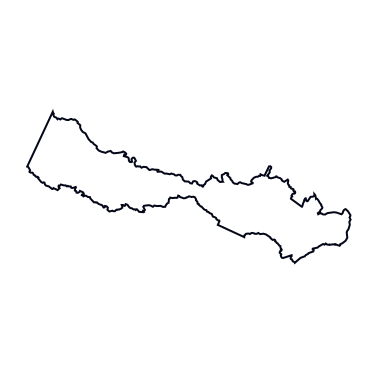 Anapu, Pará, Brazil (Robinson projection), rotated 115°
{"feature_id": "56859067B83873357566696", "entity_name": "Anapu", "entity_type": "district", "adm_level": 2, "iso_a3": "BRA", "parent_name": "Brazil", "parent_adm1": "Pará", "projection": "robinson", "projection_center": [-51.328, -3.947], "detail": "fine", "context": "isolated", "style": "outline", "palette": "ink", "viewbox_px": 384, "rotation_deg": 115, "n_neighbors": 0, "source": "geoboundaries", "source_scale": "gbopen_adm2", "svg_char_len": 6028}
<svg xmlns="http://www.w3.org/2000/svg" viewBox="0 0 384 384"><g transform="rotate(115 192 192)"><path d="M213.2,81.4L207.2,75.0L207.8,74.6L208.5,75.1L210.5,74.6L211.0,73.9L210.9,72.8L212.2,71.5L212.2,69.4L212.7,68.9L205.8,65.8L202.6,62.6L201.2,62.3L199.1,60.7L198.1,60.5L194.6,56.9L193.2,57.2L193.0,58.4L192.3,58.6L189.2,54.6L187.8,54.1L183.7,51.2L183.7,49.6L182.2,49.0L182.5,47.8L182.2,46.0L181.5,45.3L181.7,44.8L179.8,42.1L179.4,40.2L178.7,40.3L178.6,40.0L178.7,38.0L178.3,35.5L177.7,35.2L176.6,35.6L175.0,34.1L171.3,32.2L167.8,31.9L163.3,34.7L161.9,34.9L159.7,34.5L155.8,35.0L154.8,35.2L152.6,36.8L150.0,36.6L148.6,38.4L146.6,38.4L145.9,38.8L143.5,42.6L142.6,45.4L142.7,45.8L144.5,46.8L147.7,46.6L149.0,47.1L149.6,52.6L150.5,55.1L153.8,60.2L156.2,61.9L156.9,63.7L156.8,66.0L157.6,67.4L158.8,68.2L158.0,69.0L156.9,68.5L156.1,67.3L155.6,67.8L154.4,68.0L151.8,67.1L150.7,67.4L149.6,69.2L148.8,69.5L147.9,71.5L146.1,74.0L145.2,76.0L145.2,76.6L145.7,76.8L142.8,78.9L142.2,80.2L143.1,79.7L144.0,79.8L145.0,80.3L146.3,82.5L151.4,83.3L151.7,83.7L151.6,84.7L149.7,86.3L150.3,86.8L151.8,86.6L152.1,86.9L153.0,86.5L155.3,86.5L158.5,86.0L158.9,86.1L158.9,86.6L156.3,99.5L154.4,99.7L153.8,99.3L153.3,100.2L151.6,100.1L150.0,99.0L149.7,98.7L149.9,98.3L149.3,98.1L148.5,98.4L148.0,98.9L148.2,100.2L147.7,100.9L146.8,101.0L146.5,101.8L147.0,103.5L146.4,104.5L145.9,104.6L146.2,106.0L144.9,106.7L144.9,107.3L143.9,108.7L140.9,109.6L140.3,110.5L143.8,112.7L143.7,114.8L143.3,115.7L142.7,116.0L142.2,117.8L142.6,121.0L142.1,122.0L142.2,122.3L143.4,122.8L146.1,126.0L146.7,128.2L145.4,129.6L145.5,130.7L141.7,129.9L141.2,129.9L139.8,130.8L137.1,130.3L135.9,130.8L135.6,131.9L136.2,133.0L146.6,133.2L147.1,135.8L147.0,137.4L148.7,137.1L149.1,138.1L150.3,138.7L151.1,140.3L152.9,141.9L155.8,142.9L157.1,143.0L157.6,142.8L158.1,140.8L158.5,140.7L161.4,143.5L162.0,144.9L161.9,146.1L162.9,150.6L162.8,152.5L163.7,153.4L165.5,154.1L166.4,157.0L166.1,158.8L164.9,160.5L164.2,162.4L163.2,163.1L161.8,167.2L160.5,166.7L159.9,167.3L160.3,169.2L160.9,170.0L162.1,170.5L164.0,172.1L166.2,171.1L167.7,169.7L169.2,169.0L169.6,168.3L171.1,170.9L170.2,174.0L169.0,175.1L169.5,178.4L168.6,180.1L168.6,181.1L170.5,181.3L171.7,180.5L176.5,183.6L179.5,183.6L180.9,184.5L182.3,184.2L182.7,184.8L181.9,186.2L182.7,187.6L182.3,190.5L182.2,190.9L181.3,191.1L180.9,191.9L180.8,193.4L181.3,194.8L182.0,195.5L184.3,195.6L184.8,197.1L184.0,199.5L185.4,203.0L184.6,205.5L182.6,207.1L182.3,208.5L181.4,209.8L182.3,211.9L183.4,212.7L184.0,214.2L183.6,215.6L184.0,218.5L185.3,219.6L186.1,223.0L186.9,224.5L186.5,228.5L188.2,231.7L187.7,232.3L186.9,231.5L186.2,231.6L186.2,232.1L187.6,235.4L188.1,237.5L190.1,239.9L188.7,243.8L189.7,246.6L191.3,248.0L190.7,249.9L191.3,250.7L191.7,252.3L192.6,253.3L192.2,254.4L191.0,255.7L189.5,256.5L187.5,256.0L185.6,258.4L185.4,259.2L186.0,260.1L187.0,260.6L188.3,260.5L189.9,259.1L190.6,259.7L191.0,261.1L190.3,262.4L188.1,263.7L187.8,264.3L187.7,265.6L188.3,268.9L186.7,269.2L186.3,267.9L185.8,267.6L185.1,267.8L184.5,269.1L184.4,271.6L185.3,272.1L187.2,274.6L189.9,279.1L190.0,281.1L189.2,283.0L190.9,285.3L193.0,286.8L193.8,291.3L193.8,294.1L192.6,297.0L191.0,297.4L190.6,298.3L190.0,301.5L189.1,302.9L189.3,304.5L187.8,308.1L183.9,313.3L183.7,316.4L182.6,318.6L180.9,320.6L178.7,321.5L177.7,325.0L176.8,325.1L176.2,326.7L175.8,329.0L176.7,329.9L176.8,332.2L177.2,332.9L178.9,334.3L179.7,336.1L180.0,340.4L180.3,341.2L181.9,342.0L181.8,343.8L182.1,344.4L182.9,344.7L182.0,346.3L182.0,348.8L180.8,350.1L179.4,350.4L179.2,351.2L178.1,352.1L238.6,352.1L238.4,351.3L239.8,349.1L240.8,347.9L242.3,347.9L242.6,347.5L242.6,346.2L241.9,344.7L242.2,343.9L243.3,342.8L243.4,341.0L244.0,340.5L244.0,338.8L243.6,338.7L243.5,337.9L243.9,337.1L244.7,337.1L246.7,332.8L246.8,331.2L245.9,330.5L245.9,329.6L247.4,328.4L247.9,326.8L247.4,324.2L248.4,320.0L247.8,319.3L247.0,319.2L247.1,314.6L244.5,313.6L244.0,314.9L243.0,315.5L242.6,315.5L242.5,314.6L240.7,314.1L240.1,310.6L239.4,309.4L239.8,307.7L238.9,307.1L239.0,305.8L238.2,304.3L239.1,303.4L239.1,302.6L238.6,301.6L236.6,299.5L236.9,299.1L238.3,299.3L240.2,298.8L240.2,297.2L241.4,296.4L240.8,294.9L239.2,293.9L238.4,294.0L238.3,291.6L238.4,290.4L239.5,289.2L240.8,290.6L241.5,290.5L241.4,288.8L241.7,288.5L241.1,288.1L240.2,286.4L240.5,284.4L239.8,282.3L240.8,281.5L242.8,276.5L242.1,275.3L242.2,274.4L241.6,273.9L242.3,271.5L242.0,267.8L243.4,265.6L242.8,264.7L242.2,264.8L241.9,265.3L241.4,265.0L241.1,263.3L241.8,261.6L243.9,261.1L244.6,258.6L242.6,256.3L242.7,255.5L242.1,253.9L240.1,253.0L240.0,252.4L239.5,252.3L238.7,250.7L237.3,249.4L235.8,248.6L234.8,249.0L233.5,250.2L232.9,249.1L233.2,247.7L233.0,247.1L231.0,247.0L230.9,245.1L232.4,242.3L232.6,241.1L232.2,239.6L232.5,237.6L231.8,236.4L232.1,235.4L231.1,235.0L231.0,234.4L232.3,231.5L230.8,227.4L230.4,227.1L229.6,228.2L229.3,227.5L228.2,227.1L226.0,229.9L224.8,229.7L222.2,225.6L221.8,223.7L221.9,221.2L220.2,220.4L219.6,217.9L217.8,214.5L217.8,212.0L216.7,210.0L215.8,210.2L213.0,209.7L211.6,208.7L208.1,209.9L207.1,209.3L206.3,209.4L205.7,207.0L204.3,204.8L203.9,203.5L203.2,202.8L201.1,203.0L201.0,201.9L201.6,201.0L201.2,196.9L200.4,195.5L199.3,194.8L199.3,194.4L197.2,192.9L196.7,190.3L195.6,188.6L195.6,187.1L197.0,185.1L197.9,184.8L198.5,183.1L200.3,181.9L200.0,180.9L200.7,180.3L201.4,177.9L201.2,177.2L202.6,173.9L202.7,172.0L202.4,171.3L203.5,170.0L203.1,168.6L203.6,167.4L203.6,164.7L205.4,162.8L205.2,160.2L205.4,159.1L206.4,158.3L206.7,155.9L206.4,155.2L206.7,154.8L210.9,154.7L210.8,125.6L209.3,126.2L208.4,125.6L207.4,125.6L206.8,125.0L205.7,123.1L205.6,121.7L204.2,120.9L203.6,120.1L203.2,118.1L203.4,117.5L202.5,115.6L201.1,114.6L201.4,112.5L199.6,109.6L199.2,107.0L200.0,101.9L200.7,101.3L200.7,100.5L201.1,100.0L201.3,98.5L200.4,97.5L200.4,96.5L200.7,96.0L201.6,95.8L201.9,94.3L202.4,93.6L202.4,92.7L203.7,90.1L203.7,89.0L205.3,88.1L206.1,86.7L206.5,87.0L207.3,86.2L208.0,86.5L208.3,87.1L210.0,86.9L210.7,84.8L211.8,84.8L213.2,83.6L213.6,82.5L213.2,81.4Z" fill="none" stroke="#020617" stroke-width="2"/></g></svg>